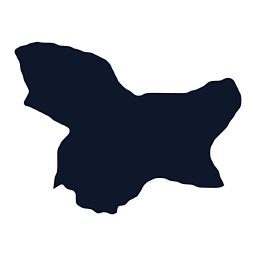 outline of Vallejuelo, San Juan, Dominican Republic
{"feature_id": "3306468B66406658248209", "entity_name": "Vallejuelo", "entity_type": "district", "adm_level": 2, "iso_a3": "DOM", "parent_name": "Dominican Republic", "parent_adm1": "San Juan", "projection": "albers", "projection_center": [-71.34, 18.666], "detail": "fine", "context": "isolated", "style": "filled", "palette": "ink", "viewbox_px": 256, "rotation_deg": 0, "n_neighbors": 0, "source": "geoboundaries", "source_scale": "gbopen_adm2", "svg_char_len": 3426}
<svg xmlns="http://www.w3.org/2000/svg" viewBox="0 0 256 256"><path d="M136.7,195.8L140.6,189.9L142.5,186.1L143.8,184.3L145.5,182.7L146.6,181.7L147.9,180.9L150.5,179.7L152.9,178.4L154.9,177.7L156.5,177.4L158.1,177.3L160.5,177.2L162.9,177.4L164.5,177.6L166.0,178.0L169.1,179.5L170.5,180.0L172.0,180.3L176.0,180.8L177.6,181.1L179.0,181.6L181.4,182.7L182.8,183.2L185.1,183.5L189.9,183.8L192.3,184.1L194.4,184.8L197.5,186.2L199.1,186.6L200.7,186.8L206.6,187.0L214.3,187.1L217.6,187.0L219.2,186.8L220.7,186.4L222.0,185.9L223.3,185.0L221.9,181.7L220.2,178.6L219.6,177.4L219.2,176.0L218.4,172.5L217.8,171.1L217.0,169.9L213.7,165.7L210.2,158.8L209.8,157.4L209.5,155.2L209.4,152.1L209.6,149.8L209.8,148.3L210.1,146.9L210.7,145.7L212.0,143.3L212.9,141.4L213.6,140.1L214.5,138.8L216.1,137.1L224.1,129.1L225.7,127.4L226.7,126.1L227.5,124.8L229.1,121.6L233.3,116.2L235.4,112.4L239.1,107.7L239.8,106.3L240.1,105.6L240.5,103.4L240.6,100.4L240.5,97.4L240.1,95.1L239.6,93.8L238.0,90.8L236.9,88.1L235.3,85.2L233.9,82.0L233.1,80.9L232.1,80.0L230.9,79.2L230.2,79.0L228.8,78.7L227.3,78.7L225.9,79.0L225.2,79.2L222.2,80.6L221.6,80.9L220.2,81.3L218.0,81.5L212.7,81.7L210.5,82.1L209.8,82.4L208.5,83.1L204.4,86.4L203.1,87.2L200.5,88.4L197.5,89.9L196.2,90.4L192.7,91.2L191.3,91.6L188.3,93.0L186.9,93.5L186.2,93.6L183.8,93.9L181.4,93.9L152.8,93.6L148.7,93.7L146.4,94.0L144.9,94.4L141.9,95.9L140.6,96.3L138.4,96.5L137.0,96.4L135.6,96.0L134.2,95.3L129.5,91.5L126.3,89.9L125.0,89.0L122.5,86.9L119.7,84.0L118.2,82.2L117.3,80.8L116.2,78.2L114.2,74.6L113.2,72.0L111.5,69.0L110.4,66.4L109.7,65.1L108.8,63.9L107.2,62.2L105.5,60.6L104.2,59.8L101.6,58.6L98.0,56.7L95.4,55.5L93.0,54.3L91.8,53.7L89.6,53.2L85.2,52.8L83.8,52.5L82.4,52.0L79.4,50.6L73.8,49.1L70.8,47.6L69.5,47.2L67.3,46.8L62.0,46.5L59.8,46.3L57.7,45.6L54.7,44.2L52.4,43.7L50.1,43.5L43.6,43.4L41.2,43.2L39.7,43.0L37.5,42.5L31.2,43.8L29.9,44.2L26.8,45.7L25.4,46.0L21.8,46.7L20.5,47.1L17.2,49.0L16.2,49.6L15.8,50.1L15.5,50.7L15.4,51.3L15.4,52.0L15.5,52.6L15.9,53.7L17.2,55.9L18.3,58.5L19.7,60.9L20.2,62.1L20.7,64.3L21.2,68.7L21.5,70.2L21.9,71.5L23.3,74.6L23.7,75.9L24.5,79.5L25.0,80.8L26.6,83.8L27.8,86.4L29.0,88.7L29.5,89.9L29.6,90.6L29.6,92.1L29.2,93.4L27.7,96.3L26.5,98.8L25.2,100.9L24.7,102.0L24.6,102.6L24.7,103.3L24.8,103.9L25.2,104.4L25.6,104.9L26.2,105.1L29.9,106.1L33.5,107.9L36.1,109.0L39.7,111.0L42.3,112.1L45.9,114.1L48.5,115.3L50.4,116.6L53.9,119.5L55.2,120.3L57.8,121.5L61.4,123.5L64.7,124.8L68.6,127.1L69.5,127.9L69.9,128.5L70.1,129.1L70.4,130.5L70.3,131.9L69.9,133.3L69.5,134.0L68.1,135.8L63.6,140.4L62.1,142.2L61.3,143.5L60.5,145.5L58.9,148.4L58.4,149.8L58.1,151.4L58.0,153.8L58.1,167.0L57.8,171.0L57.3,173.3L55.9,176.3L55.3,178.4L54.2,187.6L59.9,184.1L61.1,183.7L62.4,183.7L62.9,183.8L63.5,184.1L63.9,184.4L65.7,186.7L67.2,187.9L67.7,188.2L69.0,188.7L72.4,189.5L73.7,190.1L74.2,190.5L75.2,191.5L75.9,192.7L76.2,193.4L76.4,194.2L76.5,195.7L76.6,201.2L76.9,202.6L77.1,203.3L77.5,203.9L78.4,204.7L81.2,206.4L82.4,207.0L83.0,207.3L84.4,207.6L88.9,208.1L91.0,208.5L91.7,208.7L93.0,209.4L96.5,212.0L97.7,212.5L98.3,212.6L99.4,212.5L102.3,211.6L103.7,211.4L105.1,211.5L107.2,211.9L109.6,212.9L110.8,213.4L112.1,213.5L112.8,213.5L114.1,213.2L116.2,212.1L116.6,209.0L116.9,207.7L117.5,206.5L117.9,206.0L118.4,205.6L119.7,205.1L123.2,204.6L124.5,204.2L125.5,203.5L127.5,201.2L128.9,199.9L130.1,199.2L132.6,198.0L135.0,196.6L136.7,195.8Z" fill="#0f172a" stroke="#020617" stroke-width="1.5"/></svg>